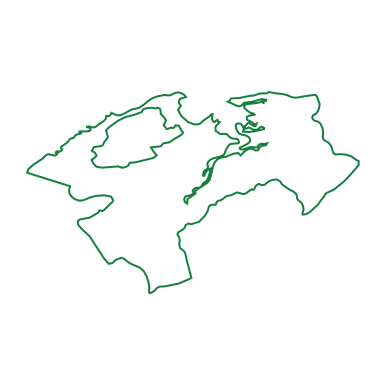 Darién, Robinson projection, rotated 92°
{"feature_id": "PAN-1418", "entity_name": "Darién", "entity_type": "Province", "adm_level": 1, "iso_a3": "PAN", "parent_name": "Panama", "parent_adm1": "", "projection": "robinson", "projection_center": [-78.04, 8.154], "detail": "fine", "context": "isolated", "style": "outline", "palette": "green", "viewbox_px": 384, "rotation_deg": 92, "n_neighbors": 0, "source": "natural_earth", "source_scale": "10m", "svg_char_len": 6059}
<svg xmlns="http://www.w3.org/2000/svg" viewBox="0 0 384 384"><g transform="rotate(92 192 192)"><path d="M277.8,189.6L279.3,192.0L283.9,202.0L287.3,216.0L287.6,220.4L288.6,223.0L290.2,224.6L291.9,226.0L293.4,227.9L294.6,230.7L293.7,231.4L287.9,231.4L283.1,232.5L277.8,234.5L272.9,237.4L269.6,241.2L265.5,251.5L260.8,258.2L260.3,260.4L262.4,265.7L265.7,269.1L266.7,272.5L262.0,277.2L239.8,292.8L232.6,301.1L228.6,304.7L225.0,305.1L223.3,303.0L221.4,294.0L220.2,291.7L215.8,284.9L215.4,284.6L214.0,284.2L213.6,283.7L213.6,283.1L214.3,281.0L212.8,279.0L204.8,271.4L203.2,270.4L199.4,272.7L198.4,279.4L199.1,287.0L200.6,292.6L204.1,300.5L204.6,304.3L203.2,309.0L200.8,312.3L197.8,314.3L194.3,315.0L190.5,314.0L178.5,357.5L174.9,356.3L170.3,351.6L163.5,342.0L161.0,339.9L159.7,338.4L159.2,336.4L160.5,330.8L159.7,329.0L158.8,328.2L157.6,329.6L156.3,329.0L156.0,327.9L156.3,327.0L157.0,327.0L155.1,323.8L154.1,323.1L152.6,324.6L151.6,324.6L147.8,319.6L145.3,317.1L143.4,316.0L142.9,315.2L142.5,313.5L141.7,311.7L140.1,311.0L139.1,310.2L138.4,308.4L137.3,304.8L136.4,304.8L135.7,307.5L135.3,305.7L135.2,299.4L134.4,296.2L132.7,295.5L131.2,296.9L130.8,300.1L130.0,297.7L130.2,296.1L130.8,294.5L130.8,292.5L130.2,290.6L129.6,289.6L127.7,287.7L124.3,282.8L122.0,280.8L118.9,280.3L119.3,278.4L118.6,276.9L117.3,275.9L115.7,275.3L117.2,271.9L118.0,269.4L117.9,267.0L116.8,264.0L112.0,255.8L111.3,253.7L109.8,248.0L106.3,243.1L102.4,238.8L99.5,234.6L97.4,229.1L96.1,223.3L96.1,221.2L96.4,219.1L96.1,217.3L93.3,211.5L92.9,209.3L93.7,205.9L95.6,202.6L97.4,201.4L99.3,207.2L101.6,208.3L104.1,207.9L106.0,206.1L110.5,208.8L116.6,205.2L122.0,198.6L124.4,192.0L124.1,188.4L123.2,186.1L120.0,182.8L115.4,176.7L113.5,175.4L113.5,174.1L117.8,174.6L119.2,174.3L121.2,172.9L121.2,171.6L120.3,171.1L119.0,169.1L120.6,168.5L121.2,166.7L125.4,170.4L126.8,170.8L130.4,170.4L130.6,169.6L133.0,166.1L132.8,161.2L133.0,159.3L136.4,155.6L137.0,153.9L137.3,152.4L137.3,148.8L138.0,147.8L139.5,147.0L141.0,146.8L141.7,147.6L142.5,154.1L142.9,155.6L144.4,157.1L147.0,158.7L149.9,160.0L152.1,160.5L153.9,161.7L155.3,164.4L158.1,173.0L159.6,175.4L161.6,177.1L164.0,177.7L166.4,176.8L168.1,176.9L169.4,179.5L170.5,180.4L171.9,181.2L173.2,181.4L175.4,181.4L175.4,180.3L173.0,179.7L170.8,178.3L169.0,176.3L167.9,174.1L175.9,175.8L180.1,177.5L182.8,181.0L186.6,183.3L187.4,184.6L187.6,187.2L188.1,189.1L189.1,190.4L190.7,191.4L192.4,190.3L194.1,191.4L195.5,193.8L196.1,196.9L197.2,198.9L199.6,199.6L202.2,198.8L203.7,196.3L199.2,196.3L193.4,188.4L190.7,188.9L182.5,177.3L180.9,176.0L178.6,174.5L164.5,171.6L161.1,170.1L158.3,167.5L156.5,164.0L155.8,159.9L152.4,152.1L151.4,147.2L153.8,144.6L150.2,141.5L148.4,139.4L147.1,137.1L146.4,134.1L146.9,132.4L147.7,131.2L148.3,129.7L148.0,127.4L147.1,126.9L145.7,126.5L143.9,124.8L143.2,122.8L143.0,121.0L142.5,119.6L140.7,118.6L141.3,120.3L141.5,124.8L142.3,126.6L144.4,128.1L145.2,128.3L145.1,134.8L145.4,136.3L147.6,142.2L147.8,144.1L147.1,145.8L146.1,145.8L143.1,140.1L141.2,137.3L139.6,135.8L137.1,135.8L135.0,137.4L133.6,140.2L133.0,143.9L132.1,146.7L129.7,148.8L126.7,150.2L123.9,150.7L122.5,150.1L121.9,148.7L121.9,147.1L122.2,145.8L123.1,144.6L127.7,142.0L128.7,142.9L129.9,143.3L130.1,137.4L129.2,131.9L126.6,122.2L125.4,122.2L124.3,124.8L125.1,126.4L126.6,127.8L127.7,129.7L127.5,132.9L125.5,137.6L126.6,139.5L126.6,140.9L124.4,142.0L123.7,140.5L121.8,139.1L121.2,138.4L120.7,136.8L121.6,136.7L123.9,132.4L123.7,130.7L121.2,129.7L122.0,131.9L121.6,133.0L120.8,133.6L120.0,134.6L117.9,139.5L115.3,139.9L113.9,138.0L112.5,132.2L111.3,133.5L111.1,135.8L108.9,139.4L106.1,142.5L103.8,143.3L102.3,140.3L100.7,129.6L99.5,126.0L100.5,123.5L99.5,123.5L99.5,124.8L98.3,124.8L98.3,121.1L97.3,121.1L96.7,125.5L99.6,134.4L101.1,143.1L104.1,145.8L104.8,148.8L100.5,159.3L99.8,157.8L97.1,156.2L96.5,148.2L93.9,137.7L93.5,133.8L91.4,128.2L90.8,123.7L91.0,121.4L90.5,120.1L89.4,118.9L90.4,112.1L91.0,104.8L91.5,102.1L92.0,100.0L93.6,96.0L94.1,93.3L94.1,91.1L93.3,86.8L92.8,85.0L90.5,72.2L91.3,71.2L92.5,70.3L99.7,67.5L101.9,67.7L104.6,68.2L108.4,69.8L109.4,70.8L111.0,73.5L113.0,74.5L114.5,74.1L116.0,72.8L116.7,71.3L116.9,69.8L117.5,68.1L119.0,66.2L123.6,63.8L126.9,63.1L129.5,63.0L132.5,63.2L134.3,62.8L135.5,61.7L137.6,57.8L140.3,55.1L143.0,53.7L147.0,52.7L148.7,51.5L149.5,49.8L149.1,47.1L149.0,43.9L149.3,39.5L150.1,36.1L151.1,33.5L154.4,28.7L155.3,26.5L159.6,26.5L171.2,36.0L176.0,40.3L184.7,50.3L188.3,57.6L189.9,58.9L192.6,60.3L197.0,63.7L199.4,65.1L201.3,66.7L207.6,73.2L209.4,75.7L210.4,78.2L210.7,80.7L209.3,80.8L205.9,79.9L202.1,80.5L198.6,82.5L197.1,84.8L195.3,86.5L192.7,87.0L190.2,87.8L188.0,90.8L186.2,94.7L181.4,102.2L178.3,104.2L176.5,107.8L177.0,111.5L178.1,114.6L180.1,117.4L182.3,119.7L182.7,123.0L181.6,125.1L181.7,125.8L182.1,126.5L184.0,128.7L187.3,130.0L187.8,131.2L187.3,132.0L187.3,133.0L191.3,137.7L192.1,139.4L192.3,141.4L191.2,144.6L190.9,147.5L193.7,152.3L194.8,157.0L195.8,158.5L198.2,161.3L199.6,163.9L199.6,164.9L200.6,166.5L202.2,167.4L203.1,167.5L204.0,168.0L203.9,170.8L204.5,173.3L206.2,174.6L210.9,175.8L215.3,178.3L221.4,183.8L224.2,191.5L223.6,194.4L225.2,197.2L228.4,198.3L229.9,199.9L232.9,204.5L235.1,205.1L238.1,203.1L241.4,202.5L243.4,203.0L247.1,202.4L248.8,201.6L250.9,198.3L253.1,196.8L256.4,195.8L259.7,195.1L277.8,189.6ZM148.8,234.6L147.4,224.7L145.9,223.7L144.3,222.2L143.3,216.8L141.8,214.5L140.3,212.6L135.5,205.0L132.9,202.9L130.3,205.2L126.3,207.3L125.9,210.7L128.3,212.1L128.7,213.6L128.4,215.3L129.4,217.5L130.0,219.5L126.2,222.6L121.2,220.5L117.9,222.9L115.1,225.9L112.3,226.2L109.8,227.0L109.0,229.6L109.8,231.3L109.3,234.9L109.5,239.1L110.1,241.4L111.1,243.5L112.7,244.6L113.8,245.0L116.9,252.3L119.3,260.8L123.2,268.2L130.8,277.8L133.5,280.0L140.1,277.9L142.8,279.6L145.2,281.6L147.7,282.4L149.1,283.7L150.5,291.5L154.3,293.6L156.0,290.4L159.0,288.6L161.3,290.7L163.4,293.5L167.0,291.5L170.0,288.4L170.8,282.5L169.0,266.7L170.2,262.6L169.4,259.5L168.1,256.8L166.6,256.1L165.0,255.1L164.3,249.4L159.4,232.1L156.5,228.6L152.6,232.1L148.8,234.6Z" fill="none" stroke="#15803d" stroke-width="2"/></g></svg>